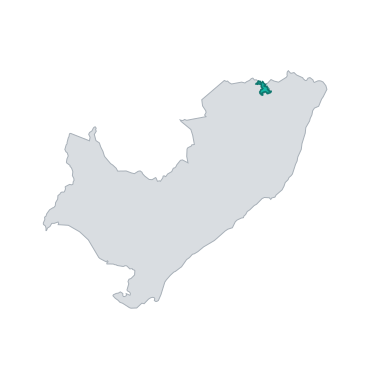 location of San Antonio de Putina, Puno, Peru, rotated 259°
{"feature_id": "86281439B17280612130391", "entity_name": "San Antonio de Putina", "entity_type": "district", "adm_level": 2, "iso_a3": "PER", "parent_name": "Peru", "parent_adm1": "Puno", "projection": "mercator", "projection_center": [-69.619, -14.709], "detail": "fine", "context": "in_parent", "style": "filled", "palette": "teal", "viewbox_px": 384, "rotation_deg": 259, "n_neighbors": 0, "source": "geoboundaries", "source_scale": "gbopen_adm2", "svg_char_len": 7075}
<svg xmlns="http://www.w3.org/2000/svg" viewBox="0 0 384 384"><g transform="rotate(259 192 192)"><path d="M274.4,108.5L274.3,109.6L272.9,110.1L271.7,109.3L269.9,109.6L267.2,107.1L260.8,107.5L257.9,110.4L253.6,111.0L249.0,112.3L243.7,112.9L235.4,117.5L233.5,119.4L229.8,122.1L226.7,123.0L225.2,131.4L222.2,136.3L221.0,139.0L222.6,143.1L222.6,145.1L220.9,146.7L219.5,146.9L216.7,148.6L212.5,152.3L211.7,155.2L213.1,158.9L212.6,159.4L209.1,160.1L209.2,162.2L208.5,163.0L211.4,166.0L213.1,166.7L213.2,167.5L212.9,168.3L212.2,168.6L212.2,169.3L214.3,171.5L215.9,176.0L218.9,178.2L219.0,179.7L219.9,181.1L221.5,182.2L225.3,186.7L225.3,188.8L221.4,193.6L227.9,193.6L235.0,195.3L236.0,196.0L236.8,198.2L236.9,199.6L238.3,200.8L238.2,203.4L247.6,203.5L253.6,202.8L263.4,194.7L265.0,194.1L264.1,195.8L264.0,197.1L264.6,198.5L263.4,200.5L263.3,220.1L265.1,219.1L267.4,221.0L269.1,221.0L274.5,218.8L280.7,219.2L295.3,245.0L294.0,246.8L294.1,248.1L292.3,249.3L290.5,251.4L290.4,261.7L288.9,264.8L289.8,266.5L290.6,269.7L291.9,271.7L292.2,273.0L292.1,273.5L290.1,274.6L289.9,276.5L286.3,280.2L285.6,282.7L284.3,283.6L284.0,286.4L287.3,291.0L285.2,293.8L283.3,297.9L286.6,306.5L287.9,307.7L289.4,307.7L291.6,308.4L292.7,309.7L290.0,311.3L289.6,312.1L289.8,314.9L286.9,317.0L283.0,322.5L281.9,322.8L279.9,324.4L279.6,325.2L279.9,326.0L281.6,327.6L281.8,329.6L279.0,332.1L277.0,332.4L276.2,333.0L277.0,336.4L277.0,337.9L276.4,339.7L275.0,341.6L270.8,343.7L267.0,344.0L260.5,339.0L258.4,336.9L252.0,332.7L251.0,328.2L248.8,326.0L244.8,324.4L241.7,322.1L239.3,321.0L233.5,316.0L228.2,314.4L218.3,309.1L213.0,307.4L206.1,302.5L202.4,301.1L199.4,298.9L190.5,294.0L189.1,292.4L187.7,290.0L185.7,288.6L183.5,285.3L180.1,283.4L176.9,280.8L173.0,274.0L171.1,272.4L171.0,269.3L169.7,267.9L171.6,266.8L172.8,262.0L172.2,259.6L167.7,253.1L166.8,250.4L163.5,245.4L162.3,242.5L159.6,240.3L158.5,238.4L157.0,237.6L157.0,235.4L155.9,231.0L154.5,228.8L149.2,224.8L148.7,220.3L147.5,217.3L140.2,204.9L135.9,192.9L132.3,186.3L130.9,182.5L130.8,180.5L128.1,177.0L126.7,173.8L120.7,167.6L117.3,160.7L116.8,158.7L114.4,154.9L110.6,150.0L108.7,148.1L97.3,142.0L91.9,138.3L91.3,136.5L91.5,135.4L92.7,134.3L94.4,135.1L95.4,134.8L96.1,133.5L96.1,131.4L95.1,128.8L91.5,123.7L92.4,121.5L88.7,115.6L89.6,109.9L90.4,108.5L96.0,102.7L97.5,100.2L99.9,98.7L102.3,96.4L105.2,94.6L106.1,95.2L106.9,98.3L106.8,100.4L107.6,102.6L105.6,104.7L103.4,104.3L102.5,104.8L102.2,105.8L102.6,107.3L103.1,108.0L104.8,108.0L102.6,111.1L102.7,111.7L104.3,112.2L105.8,111.5L107.3,109.7L108.3,109.5L113.9,112.4L116.4,112.1L118.4,113.5L118.7,115.6L121.5,119.8L125.6,120.9L126.3,120.5L127.3,118.9L128.2,118.7L128.4,116.3L132.0,113.8L132.5,112.1L132.0,110.9L132.1,110.0L134.2,104.4L134.9,103.8L135.5,102.1L136.3,101.0L137.6,94.8L138.6,94.8L139.5,96.3L140.6,95.9L140.0,94.5L140.2,94.0L144.2,89.0L145.5,88.0L164.8,81.1L174.4,74.1L182.9,64.3L185.5,54.4L186.5,55.1L188.1,54.8L187.5,50.8L187.9,48.9L187.9,48.3L185.2,45.9L184.2,43.3L181.9,41.8L182.0,41.3L184.4,41.8L186.6,41.6L188.5,40.0L189.9,40.1L193.1,42.3L195.4,42.5L196.2,44.1L198.4,45.3L201.7,48.8L203.1,52.5L203.0,53.2L204.5,55.1L207.6,56.1L210.7,58.8L214.0,59.7L215.4,62.2L216.3,62.9L216.8,64.4L216.3,66.0L216.7,66.9L219.1,68.4L221.2,68.5L221.6,69.2L222.8,73.3L222.0,75.3L222.3,76.5L225.0,77.5L225.8,78.4L227.9,78.6L230.9,77.7L234.7,78.9L237.6,78.5L238.9,78.2L240.3,77.2L241.4,77.3L244.4,74.6L245.2,74.4L248.4,75.6L251.0,77.4L254.3,77.0L255.6,75.9L258.0,75.3L262.3,77.5L263.2,78.6L264.4,78.8L269.0,81.0L269.8,81.8L272.2,82.7L272.8,83.4L272.6,84.2L261.8,101.1L265.2,102.4L268.3,101.6L269.9,102.7L271.1,105.5L273.5,107.3L274.4,108.5Z" fill="#d9dde1" stroke="#a8b0b8" stroke-width="1"/><path d="M275.8,288.9L275.8,288.7L275.7,288.4L275.8,288.2L276.0,288.1L276.0,287.9L276.2,287.7L276.3,287.6L276.2,287.6L276.4,287.3L276.3,287.1L276.5,287.0L276.5,286.8L276.6,286.7L276.8,286.8L276.9,286.7L277.0,286.7L277.0,286.4L277.4,286.2L277.5,286.4L277.7,286.5L277.8,286.7L278.0,286.8L278.2,287.0L278.3,286.7L278.2,286.6L278.3,286.5L278.5,286.4L278.5,286.2L278.6,286.3L278.8,286.2L279.1,286.2L279.4,286.1L279.5,286.1L279.7,286.3L279.8,286.2L280.0,286.2L280.0,285.9L280.1,285.6L280.3,285.5L280.6,285.6L280.9,285.6L281.0,285.7L281.1,285.8L281.3,285.8L281.3,285.6L281.7,284.9L281.5,284.6L281.5,284.4L281.6,284.1L281.8,284.0L281.9,283.7L282.0,283.7L281.8,283.3L281.8,283.2L282.1,283.0L282.3,283.2L282.5,283.1L282.6,283.3L282.8,283.4L282.8,283.7L283.0,284.0L283.0,284.3L283.3,284.4L283.4,284.5L283.4,284.3L283.5,284.1L283.8,283.9L284.4,283.7L284.5,283.5L284.7,283.4L285.0,283.2L285.4,283.1L285.6,283.0L285.8,283.0L286.2,283.0L286.4,282.7L286.5,282.6L286.4,282.6L286.3,282.4L286.2,282.2L286.0,281.9L285.9,281.7L286.0,281.5L286.1,281.3L286.3,281.3L286.3,281.2L286.4,280.8L286.5,280.7L286.4,280.5L286.4,280.3L286.4,280.2L286.5,280.1L286.8,280.0L287.0,280.0L287.5,280.1L287.7,279.9L287.7,279.6L287.7,279.3L287.8,279.1L287.6,278.9L287.8,278.8L288.1,278.8L288.2,278.7L288.3,278.5L288.3,278.4L288.2,278.3L288.1,278.2L287.9,278.0L287.8,277.8L287.7,277.8L287.3,277.7L287.2,277.6L286.7,277.5L286.5,277.4L286.5,277.2L286.6,276.8L286.4,276.6L286.4,276.2L286.4,275.9L286.2,275.7L285.8,275.3L285.7,275.4L285.7,275.5L285.7,275.8L285.7,276.0L285.2,276.9L285.3,277.1L285.4,277.3L285.4,277.5L285.4,277.8L285.3,278.0L285.3,278.3L285.2,278.4L285.1,278.6L285.1,278.8L285.0,279.0L285.0,279.3L285.0,279.5L284.8,279.6L284.9,279.8L284.7,279.9L284.8,280.3L284.8,280.5L284.5,280.7L284.2,280.5L284.1,280.4L283.8,280.6L283.5,280.6L283.4,280.6L283.2,280.5L282.9,280.5L282.9,280.4L282.8,280.2L282.7,280.1L282.1,280.1L281.9,280.4L281.7,280.3L281.5,280.5L281.4,280.4L281.3,280.5L281.2,280.6L280.8,280.8L280.6,280.7L280.1,281.3L280.0,281.2L279.8,280.7L279.6,280.6L279.4,280.5L279.4,280.4L279.4,280.2L279.4,279.9L279.4,279.5L279.3,279.4L279.3,279.2L279.2,279.1L278.9,278.9L278.7,278.8L278.6,278.7L278.4,278.7L278.2,278.5L278.1,278.4L277.9,278.2L277.6,278.1L277.6,277.9L277.4,277.7L277.3,277.8L277.2,277.7L277.1,277.8L276.9,277.8L276.8,277.7L276.7,277.7L276.4,277.6L276.2,277.6L275.9,277.6L275.7,277.6L275.6,277.9L275.6,278.0L275.4,278.3L275.3,278.2L275.2,278.3L274.9,278.4L274.6,278.4L274.6,278.5L274.4,278.7L274.3,278.8L274.2,278.8L274.1,279.0L273.9,279.2L273.7,279.3L273.8,279.5L273.7,279.6L273.8,279.8L274.0,279.9L274.0,280.0L274.3,279.9L274.5,279.8L274.9,279.7L275.1,279.8L275.3,279.9L275.4,279.7L275.6,279.7L275.6,279.8L275.6,280.0L275.8,280.2L275.8,280.3L275.9,280.2L276.0,280.1L276.1,280.4L276.2,280.5L276.2,280.8L276.1,281.1L276.3,281.2L276.3,281.3L276.2,281.4L276.3,281.5L276.1,281.7L276.2,281.8L276.2,282.0L276.3,282.2L276.3,282.3L276.5,282.4L276.5,282.5L276.4,282.8L276.2,283.0L276.1,283.3L276.3,283.5L275.4,284.1L275.4,284.4L275.5,284.5L275.3,284.7L275.1,284.7L274.8,284.4L274.6,284.5L274.3,284.5L274.2,284.7L274.2,284.8L274.1,285.0L274.2,285.4L274.4,285.8L274.2,286.1L274.4,286.3L274.5,286.4L274.4,286.5L274.5,286.7L274.4,286.8L274.4,287.0L274.4,287.3L274.4,287.5L274.6,287.8L274.9,288.0L275.1,288.0L275.2,288.3L275.1,288.5L275.3,288.6L275.4,288.8L275.5,288.9L275.8,288.9Z" fill="#14b8a6" stroke="#0f766e" stroke-width="1.5"/></g></svg>